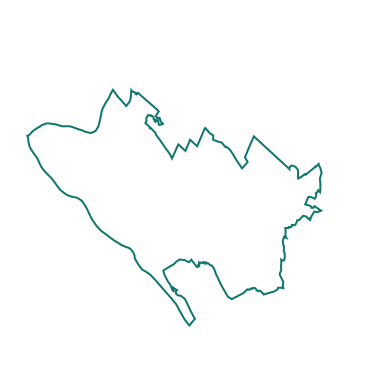 Sēlpils pag., Salas, Latvia, rotated 244°
{"feature_id": "27541924B86071798141499", "entity_name": "Sēlpils pag.", "entity_type": "district", "adm_level": 2, "iso_a3": "LVA", "parent_name": "Latvia", "parent_adm1": "Salas", "projection": "equal_earth", "projection_center": [25.628, 56.531], "detail": "fine", "context": "isolated", "style": "outline", "palette": "teal", "viewbox_px": 384, "rotation_deg": 244, "n_neighbors": 0, "source": "geoboundaries", "source_scale": "gbopen_adm2", "svg_char_len": 5820}
<svg xmlns="http://www.w3.org/2000/svg" viewBox="0 0 384 384"><g transform="rotate(244 192 192)"><path d="M314.6,68.6L312.2,68.3L310.4,67.6L308.3,66.9L305.5,66.2L302.8,65.9L299.3,66.2L295.3,66.8L292.8,67.3L289.5,67.7L282.8,67.5L280.4,67.6L277.1,68.2L273.7,69.1L265.8,71.8L262.1,72.6L254.1,73.9L251.1,74.7L248.4,76.0L245.5,77.5L243.2,79.1L240.9,81.4L237.4,86.0L234.5,87.9L232.3,89.1L229.7,89.6L226.3,90.0L222.7,90.2L219.0,90.1L213.6,90.1L210.5,90.2L203.1,91.4L197.1,93.2L190.9,96.5L183.0,100.5L175.6,105.2L171.9,108.2L170.3,109.9L168.5,111.5L166.1,112.2L163.7,112.7L159.6,112.5L157.5,111.4L156.4,111.5L150.3,112.0L144.2,113.2L140.5,115.7L136.1,118.2L128.9,120.5L119.1,123.1L106.4,126.6L97.9,128.6L89.5,128.9L80.7,129.5L73.2,131.1L74.3,133.7L75.1,135.2L76.7,139.0L78.4,138.8L81.7,138.8L85.1,138.6L87.3,138.6L88.9,138.7L91.3,138.7L94.7,138.8L99.1,138.7L103.6,136.5L105.2,134.1L107.5,133.0L108.3,133.4L109.0,133.6L109.8,134.2L110.1,134.5L110.5,135.1L110.5,135.4L114.1,133.2L110.1,131.9L113.4,131.4L113.7,131.5L114.7,131.6L116.9,131.8L118.1,131.8L121.0,131.3L122.7,131.1L128.8,131.0L131.4,131.2L134.0,131.8L134.9,140.3L134.9,143.2L135.5,145.7L136.1,146.7L136.8,151.2L133.9,155.7L130.5,158.1L130.2,158.4L131.4,161.7L129.1,162.1L124.2,163.2L122.8,163.4L122.4,163.6L122.3,164.0L123.0,164.6L123.0,164.8L122.7,165.1L122.2,165.3L122.1,165.5L122.2,165.9L122.4,165.9L123.4,165.7L123.9,165.9L123.9,166.1L123.5,166.7L123.6,166.9L123.7,167.0L123.9,167.0L124.8,167.1L125.1,167.2L125.3,167.3L124.7,167.5L124.4,167.7L124.5,167.9L125.0,168.1L125.1,168.4L125.0,168.5L124.7,168.8L124.6,169.4L124.5,169.5L123.7,169.9L123.4,170.3L123.5,170.6L124.1,170.5L124.0,170.9L123.4,171.2L123.1,171.5L123.6,171.9L123.7,172.0L123.1,172.6L122.4,172.4L122.1,172.4L122.5,172.9L122.4,173.0L122.1,173.3L122.4,174.0L122.2,174.1L121.5,174.1L121.1,174.2L120.9,174.4L120.8,174.6L120.9,174.9L120.9,175.1L119.9,175.7L118.0,176.4L117.2,177.6L113.6,178.2L106.8,177.5L104.6,177.6L95.9,177.4L82.2,178.3L80.5,179.4L80.5,179.5L78.3,180.8L78.4,185.1L78.3,186.5L78.5,187.6L78.5,190.6L78.6,193.5L78.6,194.0L79.4,196.4L80.2,198.5L80.2,199.2L80.0,199.6L79.5,199.7L79.0,201.1L79.4,201.8L79.5,202.1L79.4,202.3L79.1,202.6L79.2,202.8L79.2,203.2L79.1,203.5L78.8,203.8L78.6,204.0L79.0,204.7L79.0,204.8L79.0,205.0L78.5,205.8L77.7,206.7L77.4,206.9L76.9,207.0L75.9,206.9L74.9,207.3L74.0,207.7L73.9,207.9L74.1,208.2L74.1,208.8L73.8,209.3L72.7,210.2L72.1,210.5L71.0,210.7L70.1,211.2L69.3,211.5L68.4,211.5L67.3,218.5L66.8,220.8L66.6,222.4L66.7,223.2L66.9,225.8L67.9,227.6L68.1,227.6L66.7,230.6L65.5,231.9L68.5,232.8L69.4,233.3L70.4,234.2L71.2,234.6L76.1,234.6L77.6,234.6L79.3,234.7L79.7,234.9L80.6,235.4L80.7,235.7L82.4,237.7L82.8,238.0L86.4,239.5L88.2,240.7L90.5,241.8L92.0,242.5L90.8,243.0L90.5,243.3L90.3,244.9L92.1,246.4L93.8,247.3L97.3,248.7L98.5,248.4L100.6,249.7L103.0,251.0L104.2,250.8L105.1,251.0L106.6,251.6L108.4,252.3L111.1,254.9L109.3,256.7L111.8,256.5L111.9,257.1L113.1,257.4L115.7,259.0L118.7,260.1L117.8,261.9L117.8,262.0L117.4,262.9L117.4,263.5L118.0,263.7L117.0,265.7L117.3,266.4L118.6,267.4L118.0,268.4L117.2,269.4L117.3,270.7L118.2,271.7L118.9,272.7L119.5,273.3L120.4,274.0L119.8,276.0L121.9,281.2L121.5,281.9L120.4,283.3L119.4,284.2L118.5,284.2L115.6,285.5L116.3,285.9L115.4,286.3L116.4,287.2L116.9,287.3L120.8,293.3L119.1,295.5L118.6,299.8L124.8,296.4L125.6,295.8L124.5,294.3L125.6,292.4L126.1,292.8L127.2,292.5L129.0,290.9L131.2,288.3L136.4,294.2L136.1,295.6L135.2,296.8L133.6,298.2L132.1,299.4L132.7,300.4L133.0,300.6L134.3,302.2L136.7,302.8L137.0,304.0L136.7,304.5L138.2,306.2L135.7,307.0L137.5,308.2L143.1,310.9L143.0,311.0L148.0,312.8L152.6,317.1L153.4,317.0L155.3,317.5L156.2,317.5L156.7,317.8L158.3,317.9L159.3,317.7L161.7,318.1L160.3,314.3L161.0,313.9L160.3,312.9L159.2,308.1L157.7,301.6L158.6,301.5L158.1,298.4L157.5,297.0L157.7,295.1L157.6,294.4L157.4,293.7L157.6,293.3L159.1,293.9L165.1,296.9L168.9,296.2L171.2,294.5L171.5,294.1L172.0,293.2L172.1,292.1L172.0,291.5L170.8,289.9L169.9,289.6L214.9,272.0L205.6,261.1L203.4,258.7L200.1,254.8L194.5,255.1L192.9,251.4L191.3,247.3L199.2,246.2L202.3,245.8L205.0,245.7L209.6,245.2L213.9,244.5L217.6,242.6L217.7,241.8L223.5,240.3L225.9,237.5L229.6,233.9L230.3,234.3L231.3,234.7L233.3,235.8L235.0,235.0L236.2,234.2L236.7,233.9L237.9,233.5L239.8,233.1L243.7,232.0L243.2,231.0L230.9,216.7L239.8,213.2L231.8,204.1L240.8,200.6L230.9,188.7L234.9,188.8L239.1,188.2L242.5,187.5L253.6,185.8L259.5,184.7L261.4,185.1L267.9,182.8L267.6,182.5L267.5,182.3L267.6,182.2L268.0,182.0L268.3,182.2L268.7,182.6L274.4,180.3L275.5,182.0L278.8,183.6L280.4,186.6L278.4,188.5L278.7,188.9L276.5,190.3L274.5,189.5L273.5,190.5L273.3,190.8L272.8,190.2L272.3,189.4L271.1,189.9L271.2,190.0L271.4,190.7L272.0,191.2L272.0,191.4L270.5,192.6L267.4,191.8L266.9,191.8L266.8,192.0L266.4,192.6L266.5,192.9L266.2,194.6L266.1,194.9L266.0,195.3L266.0,195.7L266.1,195.8L268.6,195.0L270.6,194.9L272.3,195.4L272.9,195.3L273.0,195.2L273.2,194.8L272.6,193.7L273.8,193.3L275.6,192.9L275.9,192.7L276.4,193.1L276.8,193.8L277.9,195.5L279.0,197.4L281.5,196.7L299.7,189.0L303.7,187.4L304.7,186.9L304.0,185.4L304.2,184.6L304.7,184.3L305.7,185.0L306.9,183.8L307.3,183.7L307.6,183.5L308.1,182.8L308.4,182.5L308.9,182.4L308.8,181.8L309.6,181.8L303.2,178.0L301.7,176.7L300.4,175.1L298.1,170.6L310.5,167.1L318.5,165.7L317.1,163.7L315.6,161.6L312.5,157.8L311.1,155.2L309.4,152.7L307.6,150.2L305.6,147.6L303.7,145.9L301.2,144.1L296.2,140.2L291.8,136.4L290.9,134.9L289.7,133.1L289.1,131.3L289.2,128.8L289.4,127.0L290.5,125.4L291.9,123.7L293.6,121.9L296.1,119.8L298.0,117.6L299.8,116.0L301.6,114.2L303.8,112.0L305.3,109.8L307.6,104.8L309.3,102.6L311.1,100.7L312.8,98.7L314.1,97.0L315.3,95.0L316.7,93.0L317.5,91.0L317.6,89.2L318.0,86.8L317.5,83.9L317.4,81.5L317.1,79.6L316.9,77.3L316.4,75.3L315.5,73.0L314.5,70.5L314.6,68.6Z" fill="none" stroke="#0f766e" stroke-width="2"/></g></svg>